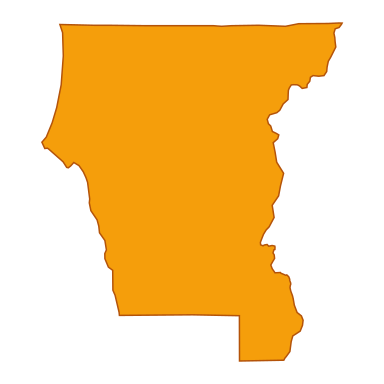 outline of Del Norte, California, United States of America
{"feature_id": "52423323B27137211377014", "entity_name": "Del Norte", "entity_type": "district", "adm_level": 2, "iso_a3": "USA", "parent_name": "United States of America", "parent_adm1": "California", "projection": "mercator", "projection_center": [-123.792, 41.691], "detail": "fine", "context": "isolated", "style": "filled", "palette": "amber", "viewbox_px": 384, "rotation_deg": 0, "n_neighbors": 0, "source": "geoboundaries", "source_scale": "gbopen_adm2", "svg_char_len": 1914}
<svg xmlns="http://www.w3.org/2000/svg" viewBox="0 0 384 384"><path d="M59.9,24.5L62.6,32.7L63.3,55.9L61.2,84.8L56.7,107.6L52.2,122.7L46.3,137.1L41.9,142.2L44.8,148.5L47.4,148.2L48.5,148.9L63.1,161.8L66.7,167.4L68.3,167.8L70.6,166.0L73.8,162.5L79.0,165.6L83.3,171.8L86.0,177.7L87.6,182.4L89.7,199.0L89.3,202.9L90.9,210.7L97.1,219.9L98.8,226.2L99.5,232.8L104.9,240.5L106.4,249.9L104.8,253.6L104.9,258.7L108.4,267.1L112.7,270.3L112.9,290.2L115.1,295.3L119.1,312.4L119.4,315.4L192.5,314.8L239.4,315.7L239.5,361.0L283.8,360.2L285.0,358.0L286.2,356.6L289.9,351.5L291.2,341.6L292.8,335.9L300.2,331.1L302.5,325.3L303.1,320.2L301.4,315.9L297.1,312.5L294.3,305.1L293.2,298.7L292.5,295.8L290.8,291.2L290.0,287.7L290.3,285.5L290.7,284.5L290.7,283.1L290.3,282.0L289.7,280.5L289.7,279.2L288.7,276.7L286.8,274.9L285.8,275.3L282.6,273.9L281.0,273.3L280.4,272.5L278.9,272.6L275.0,272.8L272.2,268.7L270.8,265.0L272.7,261.6L274.6,258.4L274.2,254.9L273.0,252.9L273.9,249.8L274.9,249.5L275.0,247.1L274.8,246.1L272.1,245.5L268.7,246.2L267.1,244.5L264.3,245.0L263.0,245.8L260.6,244.8L260.4,242.3L262.0,238.1L263.5,234.3L266.1,230.0L269.1,226.9L274.1,217.5L272.2,205.3L278.6,195.9L280.5,185.8L283.6,173.3L276.7,162.2L275.1,152.2L273.2,142.7L277.7,138.7L278.8,134.9L276.5,133.5L272.4,131.5L270.7,126.0L268.4,123.7L267.2,119.3L269.7,114.8L276.8,112.7L279.8,110.2L283.2,103.9L288.0,99.5L288.2,93.8L288.4,90.3L289.3,88.0L291.3,84.9L293.4,84.7L297.3,84.8L299.5,85.9L302.2,88.4L306.9,87.5L307.2,84.4L309.8,81.2L310.4,77.3L313.0,75.6L318.8,76.2L324.0,75.6L326.7,71.5L327.1,67.0L328.3,61.3L330.8,57.0L333.4,51.8L335.8,47.0L335.1,41.6L334.8,37.5L333.9,33.1L335.2,28.8L339.1,27.5L341.5,24.3L342.1,23.1L339.1,23.0L328.0,23.5L298.7,23.7L285.5,26.3L259.3,25.3L256.6,25.3L231.7,25.7L221.7,26.3L218.6,26.1L218.4,26.1L213.5,25.7L145.5,25.7L110.8,25.3L110.3,25.3L105.2,25.3L94.7,25.3L59.9,24.5Z" fill="#f59e0b" stroke="#b45309" stroke-width="1.5"/></svg>